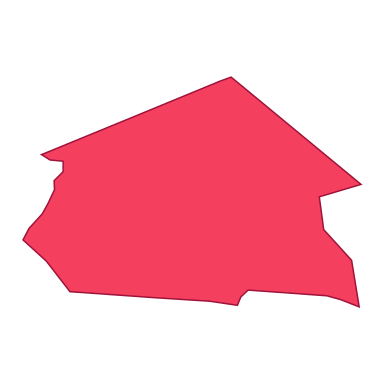 Mar Vermelho, Alagoas, Brazil (orthographic projection)
{"feature_id": "56859067B23677371682445", "entity_name": "Mar Vermelho", "entity_type": "district", "adm_level": 2, "iso_a3": "BRA", "parent_name": "Brazil", "parent_adm1": "Alagoas", "projection": "orthographic", "projection_center": [-36.41, -9.467], "detail": "fine", "context": "isolated", "style": "filled", "palette": "rose", "viewbox_px": 384, "rotation_deg": 0, "n_neighbors": 0, "source": "geoboundaries", "source_scale": "gbopen_adm2", "svg_char_len": 466}
<svg xmlns="http://www.w3.org/2000/svg" viewBox="0 0 384 384"><path d="M359.2,306.9L351.6,260.3L323.7,229.6L319.3,196.8L361.0,184.4L231.1,77.1L219.6,81.3L126.5,119.7L41.5,154.6L50.1,160.0L63.1,161.2L63.1,171.7L54.1,180.7L54.5,189.7L48.0,203.5L42.3,213.8L29.1,228.3L23.0,239.9L46.3,261.1L70.0,291.7L133.8,296.2L150.1,297.4L209.4,301.2L237.4,305.3L240.8,297.0L248.1,290.1L326.9,295.8L340.6,299.6L359.2,306.9Z" fill="#f43f5e" stroke="#9f1239" stroke-width="1.5"/></svg>